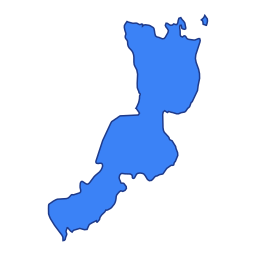 outline of East New Britain
{"feature_id": "PNG-1250", "entity_name": "East New Britain", "entity_type": "Province", "adm_level": 1, "iso_a3": "PNG", "parent_name": "Papua New Guinea", "parent_adm1": "", "projection": "equal_earth", "projection_center": [151.672, -5.126], "detail": "fine", "context": "isolated", "style": "filled", "palette": "blue", "viewbox_px": 256, "rotation_deg": 0, "n_neighbors": 0, "source": "natural_earth", "source_scale": "10m", "svg_char_len": 3983}
<svg xmlns="http://www.w3.org/2000/svg" viewBox="0 0 256 256"><path d="M136.0,108.2L137.0,106.4L138.6,102.7L139.1,100.7L139.5,98.4L139.6,95.8L139.7,95.5L139.9,95.2L140.1,94.9L140.2,94.2L140.0,93.6L139.6,93.2L139.2,93.0L139.0,92.7L138.8,91.5L137.7,88.9L137.3,87.7L137.2,83.3L137.6,74.2L136.8,69.9L135.1,66.7L134.2,64.7L133.9,62.0L133.9,57.1L133.6,54.9L132.8,52.4L131.7,50.6L129.1,47.8L128.2,46.2L127.9,45.1L127.7,44.2L127.6,41.9L127.3,40.6L125.9,38.8L125.3,37.7L125.2,36.5L125.4,35.5L125.7,34.8L125.9,34.2L125.8,33.1L124.8,30.0L124.3,27.4L124.4,25.6L125.4,23.8L127.0,21.5L128.3,22.1L132.9,23.3L136.2,23.1L137.3,23.4L138.8,24.3L139.6,24.6L140.7,24.4L141.8,24.0L142.5,24.3L142.5,26.2L143.9,25.0L145.6,24.8L149.0,25.3L150.1,25.7L153.1,27.5L153.9,28.4L154.4,30.6L154.8,33.4L155.5,35.9L157.1,37.0L158.9,37.4L162.4,38.8L164.2,38.5L165.2,37.4L167.9,32.7L168.4,30.5L167.3,28.6L165.9,26.9L165.3,25.3L166.1,23.2L167.5,23.4L169.2,24.6L170.7,25.3L171.4,25.2L172.3,25.0L173.0,24.6L173.3,24.2L173.7,23.9L175.9,24.6L176.7,24.6L177.8,22.9L178.2,20.5L178.9,18.3L180.8,17.6L182.1,19.6L183.6,21.2L184.8,23.0L185.8,28.0L185.6,28.9L184.5,29.3L183.9,29.2L182.5,28.8L181.9,28.4L181.7,27.6L181.5,26.3L181.1,25.2L180.1,25.3L179.7,26.4L179.7,28.0L180.1,30.7L180.2,35.0L180.8,36.3L182.5,37.0L182.9,36.7L183.5,36.2L184.2,35.8L185.3,36.1L186.0,36.9L186.5,37.9L187.3,38.8L188.4,39.3L193.6,40.0L195.0,40.0L198.5,38.6L199.7,38.6L200.2,40.4L199.9,42.1L195.8,54.7L195.4,58.5L196.1,62.3L198.6,69.3L199.5,73.7L199.6,78.4L198.1,85.7L197.5,90.5L192.2,101.7L191.3,102.4L191.0,102.9L189.6,106.7L189.0,107.3L187.6,108.5L185.8,111.1L184.7,112.0L181.1,112.7L178.5,113.8L176.7,113.8L172.5,112.5L171.3,112.3L169.5,111.7L168.6,111.5L167.6,112.5L166.5,112.0L164.7,110.7L163.2,112.1L162.7,114.5L163.0,127.7L163.5,130.6L164.3,132.3L168.5,136.9L169.0,137.7L169.3,138.8L169.7,139.6L170.5,140.1L172.1,140.8L175.6,146.5L176.0,148.5L177.6,152.7L177.8,155.4L175.3,161.5L174.9,161.8L174.4,162.5L174.0,163.4L173.9,164.2L173.6,165.0L172.8,165.3L171.9,165.3L171.0,165.4L167.0,168.2L166.4,168.9L163.0,173.8L162.3,174.1L159.6,174.6L156.9,176.0L155.9,176.1L154.6,177.0L153.2,178.8L151.5,180.4L149.3,180.7L147.5,179.5L145.1,175.5L143.6,173.8L142.0,173.3L140.0,173.0L137.9,173.3L136.5,174.2L134.5,177.9L133.6,178.4L132.6,178.1L132.3,177.2L132.3,176.1L131.9,175.0L130.4,174.0L124.8,173.8L121.9,173.4L120.7,173.9L119.6,175.4L119.1,177.8L119.6,179.7L120.4,181.3L120.8,182.7L121.2,183.1L123.2,183.2L123.9,183.5L126.2,186.5L126.4,188.5L125.0,190.4L122.8,191.4L120.8,190.8L119.5,191.7L118.0,193.3L116.7,195.0L116.2,196.5L116.0,198.7L115.6,200.9L115.0,202.7L114.2,204.2L111.6,207.5L110.5,208.4L107.9,209.8L106.7,210.2L105.9,210.0L104.8,211.9L101.7,214.9L100.3,216.9L99.8,218.0L99.7,218.9L99.4,219.7L97.3,222.1L96.7,222.0L96.3,220.7L91.7,223.0L89.3,224.5L88.3,226.5L87.1,229.4L84.5,229.7L79.8,228.4L73.8,230.2L72.8,231.1L72.1,232.1L70.5,231.0L67.7,227.7L67.2,227.7L66.8,228.9L66.3,230.2L66.0,231.5L66.8,234.1L66.4,235.5L65.8,236.8L65.1,239.6L64.2,240.4L63.0,240.6L62.9,237.3L62.6,236.5L61.9,235.1L54.6,225.4L50.4,218.6L49.3,216.0L48.6,213.9L48.5,208.5L48.6,205.4L48.8,204.5L49.1,204.1L53.4,201.1L56.0,199.7L57.4,199.2L66.4,198.6L68.0,198.1L69.3,197.1L71.1,195.1L71.7,194.7L72.6,194.7L73.6,194.8L79.8,192.8L80.5,192.0L80.7,191.2L80.7,190.0L80.4,188.9L80.1,187.4L80.1,185.6L80.3,183.3L80.7,182.3L81.3,181.6L81.8,181.4L82.2,181.4L82.7,181.6L85.5,183.5L86.7,184.1L87.8,184.1L88.7,183.6L89.7,182.6L94.1,176.7L95.4,175.4L99.6,171.9L101.3,169.6L102.1,167.8L102.6,166.1L102.5,164.9L102.2,164.0L101.7,163.5L101.1,163.3L100.2,163.2L98.3,163.5L97.3,163.4L96.5,163.2L96.0,162.6L95.9,161.3L102.7,140.5L110.9,122.9L111.7,121.6L119.6,116.2L120.2,115.9L138.2,115.0L139.1,113.8L139.5,113.1L136.1,108.2L136.0,108.2ZM205.9,17.0L207.3,18.9L207.5,21.0L207.1,23.1L206.4,25.3L205.9,25.3L205.4,25.0L203.5,24.4L203.1,24.2L203.0,22.7L202.8,21.6L202.3,20.6L201.3,19.9L203.4,18.0L204.1,17.0L204.8,15.4L205.6,16.5L205.9,17.0Z" fill="#3b82f6" stroke="#1e3a8a" stroke-width="1.5"/></svg>